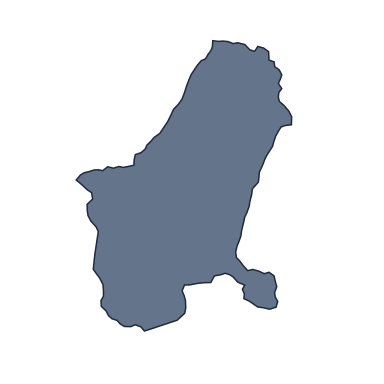 the district of Varre-Sai, Rio de Janeiro, Brazil, rotated 341°
{"feature_id": "56859067B95050923998362", "entity_name": "Varre-Sai", "entity_type": "district", "adm_level": 2, "iso_a3": "BRA", "parent_name": "Brazil", "parent_adm1": "Rio de Janeiro", "projection": "albers", "projection_center": [-41.823, -20.893], "detail": "fine", "context": "isolated", "style": "filled", "palette": "slate", "viewbox_px": 384, "rotation_deg": 341, "n_neighbors": 0, "source": "geoboundaries", "source_scale": "gbopen_adm2", "svg_char_len": 2104}
<svg xmlns="http://www.w3.org/2000/svg" viewBox="0 0 384 384"><g transform="rotate(341 192 192)"><path d="M260.9,55.7L258.7,61.0L256.0,64.4L252.1,67.0L248.1,70.5L243.6,70.8L238.6,73.7L234.1,77.1L229.5,80.7L225.9,84.6L221.3,90.1L216.8,96.2L212.5,101.2L207.2,104.9L201.7,107.6L197.0,112.5L192.2,117.3L186.3,121.8L180.5,126.2L174.1,128.0L169.5,130.7L164.8,132.9L161.6,136.2L156.7,138.2L150.6,138.2L147.9,142.5L145.7,147.8L140.3,147.1L135.1,146.4L131.2,144.1L125.4,143.9L120.5,140.7L114.5,142.8L111.1,140.7L106.8,139.3L101.5,139.2L96.6,138.7L92.0,139.6L86.4,143.0L88.6,146.5L90.9,150.5L93.5,155.5L96.8,159.9L95.8,166.3L88.8,169.5L86.9,175.6L86.0,180.4L86.9,186.6L90.0,193.9L90.5,199.0L88.4,202.9L79.7,219.6L73.5,232.9L74.8,237.4L76.7,243.3L77.7,250.4L76.2,256.3L74.3,261.8L70.6,265.0L69.0,270.6L72.1,276.6L72.8,281.8L75.0,285.7L79.4,289.1L81.1,293.3L84.2,297.1L90.3,299.4L95.0,299.0L99.7,302.8L101.8,308.0L136.3,308.4L140.7,306.5L145.7,304.2L148.4,299.4L150.5,292.5L150.8,287.3L150.5,282.2L154.6,277.5L159.7,279.1L167.5,280.2L173.5,281.6L180.3,283.7L185.9,278.6L192.1,279.6L197.0,279.7L201.0,282.7L203.4,286.1L205.9,292.1L211.5,297.3L208.0,300.3L208.3,305.5L206.3,309.7L210.3,313.5L213.6,317.9L216.8,322.2L221.3,324.4L227.2,328.1L234.0,328.3L237.4,323.4L236.5,318.3L237.4,313.9L241.3,309.2L241.7,302.8L242.3,298.0L238.7,293.0L233.6,292.7L229.5,288.6L224.2,285.0L219.1,284.5L216.4,278.2L214.5,272.3L212.7,268.6L213.7,263.1L216.7,258.2L220.6,253.7L223.8,249.6L226.6,244.2L231.0,237.4L233.8,232.8L237.0,229.6L241.2,224.4L244.0,219.2L247.3,214.4L250.2,208.6L254.2,206.4L257.9,204.3L260.0,200.2L261.9,195.5L265.8,191.4L268.8,188.1L271.3,185.0L274.3,182.0L278.3,178.8L283.0,175.1L285.9,170.8L289.4,166.3L293.9,162.3L297.3,159.6L301.3,159.4L307.9,160.8L310.7,153.3L309.9,147.2L307.5,140.9L304.1,134.8L304.5,130.5L306.5,126.2L310.5,123.5L309.0,117.5L312.4,113.9L315.0,110.5L314.2,104.9L311.0,100.4L312.0,95.7L307.8,92.4L310.1,84.2L306.6,79.2L301.6,75.8L297.1,79.4L292.9,76.3L290.0,69.8L283.7,65.7L279.2,65.1L275.2,61.6L270.5,59.4L266.0,58.2L260.9,55.7Z" fill="#64748b" stroke="#1e293b" stroke-width="1.5"/></g></svg>